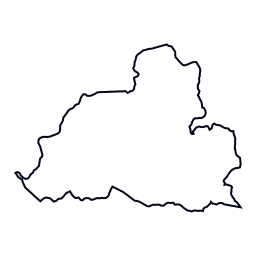 the district of Pirassununga, São Paulo, Brazil
{"feature_id": "56859067B61484567456401", "entity_name": "Pirassununga", "entity_type": "district", "adm_level": 2, "iso_a3": "BRA", "parent_name": "Brazil", "parent_adm1": "São Paulo", "projection": "natural_earth1", "projection_center": [-47.38, -21.972], "detail": "fine", "context": "isolated", "style": "outline", "palette": "ink", "viewbox_px": 256, "rotation_deg": 0, "n_neighbors": 0, "source": "geoboundaries", "source_scale": "gbopen_adm2", "svg_char_len": 3488}
<svg xmlns="http://www.w3.org/2000/svg" viewBox="0 0 256 256"><path d="M233.4,131.1L231.7,131.4L229.6,130.4L228.5,128.6L226.6,128.3L224.5,127.9L222.5,126.8L220.6,125.6L218.7,125.1L215.8,124.7L214.4,123.6L212.7,124.6L211.7,128.3L209.6,129.8L208.7,127.7L207.6,126.2L206.1,126.1L203.9,126.9L201.6,127.1L198.9,126.5L195.9,127.9L194.1,130.2L192.8,131.8L193.6,133.8L192.0,134.1L190.7,132.6L190.5,129.8L189.5,126.6L191.3,124.7L192.1,122.2L193.3,119.7L194.8,118.3L197.2,118.3L199.7,117.9L201.6,118.0L203.1,117.2L204.7,115.8L205.8,113.0L205.3,110.4L203.9,108.0L202.3,107.5L201.9,104.2L201.3,101.5L199.8,99.1L199.0,97.0L197.8,95.2L198.7,93.7L199.5,91.1L197.8,88.5L197.8,84.9L199.1,82.6L199.3,80.8L199.0,78.4L199.8,75.8L199.8,73.5L200.3,70.8L199.9,68.2L198.2,65.2L196.2,62.0L192.9,62.2L190.8,63.0L189.0,63.8L187.2,64.6L184.4,65.4L182.9,65.0L181.2,63.4L179.2,61.4L178.0,60.0L176.9,58.6L175.7,57.4L175.2,55.3L175.2,51.8L173.3,49.0L171.5,46.4L168.7,45.9L166.6,44.5L151.5,48.7L149.6,48.8L147.0,49.4L145.3,50.0L143.0,50.5L140.8,52.4L138.4,54.0L136.7,55.6L136.0,57.8L135.5,60.1L134.6,62.4L134.4,65.9L133.2,68.4L134.1,70.0L135.2,71.4L137.3,72.4L138.7,74.0L137.8,76.1L134.0,77.8L134.6,81.5L135.4,84.6L134.3,86.4L134.1,88.9L132.2,91.1L130.6,90.9L129.4,92.1L127.6,92.9L125.3,91.0L122.0,91.5L120.0,91.3L117.9,91.5L98.8,92.2L96.8,92.6L94.9,94.0L92.9,94.8L90.2,95.9L87.3,95.9L85.4,94.3L83.3,94.3L81.6,96.5L80.5,98.5L80.0,100.7L78.7,103.7L76.7,104.4L74.8,105.6L73.6,107.4L72.2,108.4L69.8,109.3L68.0,111.0L66.2,114.0L63.3,117.6L62.9,120.5L61.8,122.8L60.6,124.4L60.1,126.5L60.2,129.2L59.8,131.4L58.5,133.1L56.7,134.0L55.0,134.7L53.5,135.2L50.7,136.4L47.5,137.0L44.2,136.8L42.6,137.0L40.5,137.8L38.7,139.3L38.3,143.0L40.2,146.4L41.3,150.8L42.3,154.2L42.2,156.4L40.2,158.5L39.6,161.6L39.0,165.8L37.4,167.7L36.0,169.1L33.8,170.6L32.9,172.8L31.4,173.8L30.2,175.1L29.4,176.8L27.9,178.5L25.7,178.9L23.3,177.8L20.9,175.6L19.7,173.2L17.5,172.0L15.4,173.0L17.0,175.0L17.9,176.9L19.7,178.1L22.2,179.8L22.8,182.5L24.1,185.1L25.1,187.4L40.3,201.3L42.0,199.7L44.7,197.9L46.5,197.5L49.5,198.2L51.2,199.2L52.5,200.4L53.7,201.6L56.3,200.8L58.2,199.0L59.7,198.7L61.6,198.4L63.8,196.1L66.3,193.0L68.6,192.0L70.0,191.3L71.5,194.0L73.9,197.0L75.8,198.1L78.7,197.5L80.7,200.0L82.5,200.4L84.0,198.8L86.3,198.0L89.1,198.3L91.3,199.9L93.7,199.4L96.4,198.2L100.3,198.2L102.1,197.9L104.0,198.2L106.0,197.9L107.5,196.9L108.7,195.2L109.2,193.3L110.1,191.5L110.9,189.2L112.5,186.6L123.3,192.1L134.7,200.7L136.7,200.9L139.4,201.7L147.3,206.2L149.2,206.4L151.3,205.4L153.0,204.7L154.7,204.9L156.7,204.7L159.2,204.7L161.5,205.7L163.7,205.7L165.6,203.9L168.1,202.7L170.7,203.0L173.3,202.7L174.9,204.7L177.2,204.4L179.4,204.5L181.3,205.7L183.4,207.7L185.8,209.3L187.5,210.6L190.1,210.8L191.6,211.5L193.4,210.7L195.4,210.4L197.8,211.0L200.0,210.6L203.1,211.0L203.4,208.9L204.7,207.5L206.6,207.0L208.0,205.7L210.0,203.8L210.9,201.8L212.5,203.6L214.6,203.9L216.5,204.5L219.1,203.1L222.1,203.0L224.0,204.3L240.6,207.3L238.5,204.3L236.6,202.1L234.9,200.9L234.1,199.0L232.9,197.3L231.4,194.9L231.0,193.2L231.5,191.5L231.4,189.2L232.1,187.3L231.0,186.0L229.5,185.4L227.9,184.9L226.1,184.4L224.5,184.8L224.9,182.9L223.6,181.3L224.2,179.6L225.9,177.9L227.0,176.6L229.6,172.5L231.6,170.2L233.6,169.0L235.6,168.1L237.5,168.0L239.9,167.4L240.6,164.2L240.3,160.5L240.0,157.9L238.1,156.4L236.6,155.2L235.8,153.0L235.2,150.0L234.8,146.7L235.2,143.5L235.1,141.2L235.3,138.7L234.5,136.1L233.6,133.6L233.4,131.1Z" fill="none" stroke="#020617" stroke-width="2"/></svg>